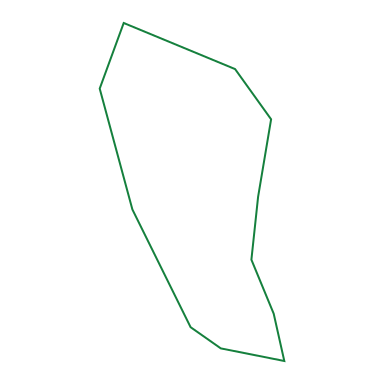 an SVG outline of Sigave
{"feature_id": "WLF-4995", "entity_name": "Sigave", "entity_type": "state/province", "adm_level": 1, "iso_a3": "WLF", "parent_name": "Wallis and Futuna", "parent_adm1": "", "projection": "equal_earth", "projection_center": [-178.148, -14.273], "detail": "fine", "context": "isolated", "style": "outline", "palette": "green", "viewbox_px": 384, "rotation_deg": 0, "n_neighbors": 0, "source": "natural_earth", "source_scale": "10m", "svg_char_len": 267}
<svg xmlns="http://www.w3.org/2000/svg" viewBox="0 0 384 384"><path d="M284.3,361.0L220.8,348.4L190.6,327.2L132.4,209.5L99.7,88.6L123.7,23.0L235.1,69.1L271.1,119.3L258.1,196.8L251.4,259.7L273.7,313.7L284.3,361.0Z" fill="none" stroke="#15803d" stroke-width="2"/></svg>